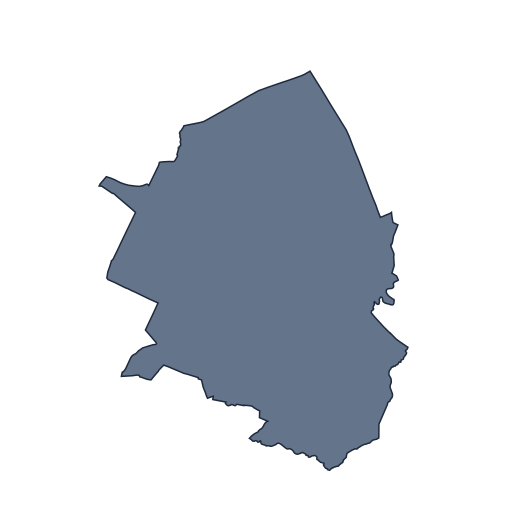 outline of Tezontepec de Aldama, Hidalgo, Mexico, rotated 193°
{"feature_id": "50627088B81234283975343", "entity_name": "Tezontepec de Aldama", "entity_type": "district", "adm_level": 2, "iso_a3": "MEX", "parent_name": "Mexico", "parent_adm1": "Hidalgo", "projection": "orthographic", "projection_center": [-99.302, 20.174], "detail": "fine", "context": "isolated", "style": "filled", "palette": "slate", "viewbox_px": 512, "rotation_deg": 193, "n_neighbors": 0, "source": "geoboundaries", "source_scale": "gbopen_adm2", "svg_char_len": 5941}
<svg xmlns="http://www.w3.org/2000/svg" viewBox="0 0 512 512"><g transform="rotate(193 256 256)"><path d="M221.4,76.8L219.8,76.3L217.9,75.1L217.3,74.9L216.6,75.0L216.0,75.2L214.8,76.0L214.3,76.0L213.5,75.9L212.6,75.1L211.8,75.2L211.3,75.4L210.9,75.8L210.6,76.8L210.4,76.9L210.1,76.8L209.6,76.4L209.2,75.1L209.0,74.7L208.5,74.2L207.7,73.9L206.3,73.8L205.3,73.9L204.9,73.8L204.0,73.5L203.6,73.3L203.1,73.2L202.5,73.6L201.4,73.9L198.8,73.9L197.9,74.2L195.9,75.5L194.2,76.8L193.4,77.9L192.3,78.6L191.1,78.7L189.7,78.3L187.6,77.4L185.1,76.1L182.8,75.1L181.4,75.1L180.7,75.7L180.1,75.8L179.1,75.6L177.7,75.5L175.7,74.2L174.6,73.0L173.7,72.5L172.3,72.1L171.4,72.1L169.9,72.7L168.0,74.0L167.9,74.3L167.2,74.4L166.5,75.0L166.1,75.0L164.0,74.4L163.2,74.3L163.0,74.1L162.7,73.3L162.3,73.1L161.7,73.1L160.5,73.3L160.1,72.9L159.8,72.0L158.7,71.9L158.2,72.2L156.5,73.7L155.9,74.1L155.2,74.2L154.8,74.6L153.4,74.8L152.3,74.4L151.5,73.8L151.3,73.5L151.1,71.9L150.7,71.4L149.7,71.2L149.3,71.0L148.3,70.3L146.5,69.5L143.5,69.4L143.1,69.1L143.0,68.2L143.3,67.6L142.4,66.6L140.9,65.2L140.1,64.9L138.6,64.7L138.4,64.5L138.3,64.0L138.1,63.9L137.2,63.9L136.2,63.7L135.8,64.0L135.5,65.0L134.8,65.7L134.4,65.9L134.0,66.9L133.3,66.9L132.0,68.3L131.1,68.4L130.4,69.1L129.2,69.4L128.6,69.7L128.2,70.1L128.2,70.7L127.8,71.1L126.9,72.2L126.2,73.3L125.3,74.0L125.0,74.5L125.1,75.5L124.8,75.9L124.8,76.4L125.0,76.9L123.1,79.5L122.8,80.3L123.0,82.9L122.8,84.4L118.9,88.3L116.8,89.9L115.8,90.5L115.0,90.5L114.2,90.7L113.5,91.4L113.4,92.2L112.1,93.2L110.0,95.4L108.0,96.8L106.4,97.5L104.5,98.8L103.1,99.4L101.7,101.7L100.5,103.0L98.6,104.0L97.3,104.6L95.4,106.4L98.4,119.8L94.7,140.0L94.5,143.0L93.9,143.9L93.1,144.4L92.8,145.0L92.9,145.9L91.6,148.7L91.6,151.0L92.2,152.6L95.8,158.1L96.1,159.5L96.0,161.4L95.7,163.3L96.5,165.9L97.1,167.2L99.7,170.0L100.3,172.4L100.3,173.5L100.1,174.7L99.3,176.3L99.0,177.9L98.8,178.2L98.1,178.4L97.6,178.6L97.5,179.2L97.1,179.7L95.8,179.9L95.4,180.2L94.9,181.3L94.5,181.6L93.6,182.0L93.5,182.6L93.1,183.3L92.8,184.7L92.6,185.0L91.6,184.9L91.1,185.1L91.0,185.8L91.2,186.7L91.2,187.2L90.0,188.0L89.4,188.5L89.2,189.0L89.3,189.8L89.1,190.7L88.6,191.7L87.5,194.3L87.5,195.4L87.8,196.0L89.0,196.8L89.0,197.7L88.3,198.3L87.8,199.1L87.4,201.2L96.4,204.7L100.8,206.6L107.8,211.1L107.9,210.9L116.0,215.9L126.8,223.4L131.0,226.6L131.0,228.7L129.7,229.9L129.5,230.9L129.5,231.1L130.1,231.3L130.3,232.1L130.3,233.2L129.7,235.7L130.4,236.7L130.5,237.2L130.3,238.1L129.2,237.5L127.1,236.3L126.3,236.3L125.9,236.5L125.6,236.7L125.4,237.2L125.4,239.2L126.1,241.6L125.9,242.6L125.3,243.9L124.9,244.1L124.1,244.0L123.6,243.6L123.2,243.1L123.0,242.6L122.8,241.8L122.1,240.4L121.4,239.9L119.6,239.2L117.6,239.0L116.2,239.1L114.1,238.8L112.0,239.1L111.6,239.4L111.4,239.8L111.1,240.4L111.3,243.6L111.5,244.1L112.0,244.8L113.1,244.9L116.7,246.4L117.9,247.0L119.7,248.4L120.8,249.8L121.3,251.3L121.2,252.3L120.7,253.2L119.6,253.9L116.4,254.9L115.5,255.7L115.0,256.5L115.0,257.1L115.4,258.6L115.8,259.4L115.9,260.2L115.7,261.0L114.5,262.4L112.4,263.9L111.9,264.6L114.5,268.1L118.4,269.5L119.8,269.8L119.6,270.8L119.2,277.7L121.7,286.3L121.8,287.9L122.1,289.2L126.9,296.0L127.0,296.4L126.9,296.8L126.6,297.1L127.1,297.9L126.2,298.5L126.2,301.2L126.5,306.7L125.8,310.4L124.7,318.2L129.8,319.4L130.2,319.8L131.5,322.7L133.0,326.6L133.8,329.0L134.8,327.8L143.5,321.6L147.8,327.9L150.7,332.6L155.1,338.7L159.1,344.7L161.0,347.3L161.5,348.2L173.1,365.7L178.3,373.4L183.0,379.9L192.2,393.6L195.3,397.6L196.3,399.0L216.1,419.0L229.4,432.7L245.0,448.3L245.9,447.3L247.0,446.4L249.5,444.0L252.4,441.8L265.5,433.5L269.8,430.9L281.2,423.8L290.8,417.6L299.7,409.6L317.9,392.7L337.0,375.4L340.2,373.6L355.5,366.7L355.9,364.6L356.5,363.3L356.9,361.6L357.3,361.2L357.8,360.6L357.9,359.8L358.0,359.5L358.2,358.8L358.1,358.1L357.4,357.4L357.2,356.8L357.1,355.5L356.6,354.3L355.6,353.0L355.5,349.9L355.0,349.2L354.5,347.9L354.3,346.8L354.3,346.5L354.4,346.2L355.2,345.8L355.4,345.5L355.5,345.2L355.5,344.6L355.7,343.6L355.4,343.6L355.4,343.4L355.9,343.5L355.6,342.8L355.8,337.0L355.4,337.0L355.0,336.0L355.0,335.6L355.7,333.0L356.6,330.4L357.0,329.8L357.3,329.6L359.5,329.0L361.7,328.6L368.9,326.5L371.2,325.5L371.2,323.4L371.4,321.8L376.3,300.5L377.0,301.1L377.6,301.4L378.3,301.5L378.7,301.4L381.0,299.9L382.2,299.0L385.4,297.6L389.1,297.0L396.1,296.3L401.1,296.5L403.1,296.8L404.6,296.9L411.2,298.6L415.0,299.2L419.7,299.6L424.1,291.1L424.6,288.9L422.0,289.3L410.0,284.7L409.4,284.9L408.5,284.8L404.6,282.6L390.5,275.3L383.8,271.7L383.2,271.3L390.8,237.5L391.7,233.1L394.4,221.3L394.9,220.0L395.8,218.8L395.8,217.5L396.2,212.2L396.8,207.2L396.4,201.0L394.8,199.7L387.7,198.4L377.4,195.9L375.3,195.5L373.3,195.3L369.1,194.2L366.1,193.7L350.0,190.0L340.9,188.2L342.6,179.8L347.1,159.0L335.5,150.4L334.0,149.3L333.4,148.7L333.3,148.2L333.4,147.7L334.0,147.2L335.9,146.6L336.7,146.2L345.6,141.1L349.3,137.0L350.5,134.7L351.2,133.8L352.8,132.5L353.5,131.8L354.1,131.0L354.6,130.2L355.2,128.5L357.6,117.1L358.5,114.7L359.7,112.9L360.1,112.8L360.2,110.6L360.1,108.4L349.3,111.6L345.7,113.0L343.6,113.5L342.4,112.9L342.3,112.3L342.1,112.2L341.3,112.0L340.5,112.1L335.0,111.4L331.2,111.5L330.4,111.7L329.1,114.4L325.1,122.1L325.1,122.7L321.4,128.9L316.9,128.4L299.7,125.4L296.7,125.4L284.9,124.5L284.6,123.3L281.2,123.0L278.0,116.4L275.0,112.1L272.5,108.1L271.2,106.5L268.7,108.2L266.1,109.7L265.8,106.4L252.4,106.9L252.7,106.2L252.7,105.6L251.3,104.5L250.4,104.0L249.7,103.9L249.1,103.9L248.0,104.5L246.8,105.3L246.2,105.9L245.7,105.9L244.5,105.6L242.8,105.4L242.3,105.7L242.0,106.1L241.8,106.7L241.6,107.0L240.9,107.2L234.1,107.5L234.1,108.0L232.4,108.1L230.4,108.5L228.1,108.7L227.0,108.8L225.8,108.7L223.6,107.6L219.4,106.3L217.6,106.0L216.3,99.3L207.5,97.6L208.3,97.0L209.3,95.7L210.0,94.1L210.5,91.9L211.4,89.6L212.1,88.7L212.8,88.2L213.7,86.9L214.3,85.8L214.3,85.5L214.7,84.8L217.5,82.5L219.3,80.3L220.3,78.9L221.4,76.8Z" fill="#64748b" stroke="#1e293b" stroke-width="1.5"/></g></svg>